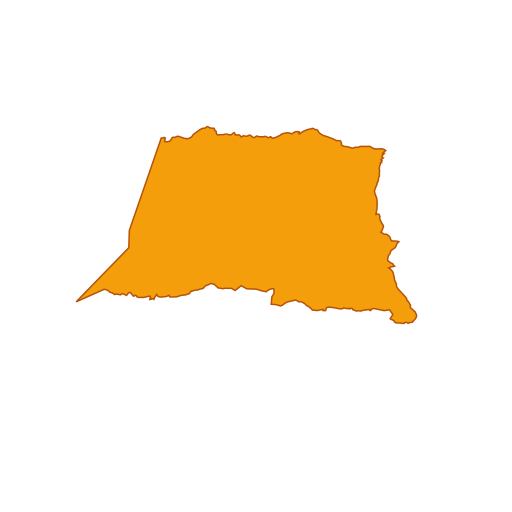 outline of Tehuipango, Veracruz, Mexico, rotated 50°
{"feature_id": "50627088B27268418868479", "entity_name": "Tehuipango", "entity_type": "district", "adm_level": 2, "iso_a3": "MEX", "parent_name": "Mexico", "parent_adm1": "Veracruz", "projection": "natural_earth1", "projection_center": [-97.047, 18.52], "detail": "fine", "context": "isolated", "style": "filled", "palette": "amber", "viewbox_px": 512, "rotation_deg": 50, "n_neighbors": 0, "source": "geoboundaries", "source_scale": "gbopen_adm2", "svg_char_len": 6144}
<svg xmlns="http://www.w3.org/2000/svg" viewBox="0 0 512 512"><g transform="rotate(50 256 256)"><path d="M167.9,348.1L175.5,423.2L183.9,393.8L185.4,392.6L186.8,391.7L189.5,391.3L193.2,389.2L194.4,389.3L195.7,387.1L198.6,384.8L199.0,382.4L203.0,380.5L202.2,377.3L203.1,375.8L208.1,375.7L208.6,373.6L209.4,373.2L211.0,373.4L212.1,372.7L215.7,368.5L217.3,365.1L218.4,363.3L219.0,362.9L221.1,365.3L221.7,364.4L221.5,363.0L223.6,362.2L222.5,359.9L221.7,356.9L222.4,357.2L224.6,356.8L226.5,355.0L227.8,353.1L229.5,350.5L230.2,347.9L231.5,348.4L232.1,348.2L236.0,343.5L238.3,338.2L240.7,334.7L241.2,332.7L242.0,331.9L241.3,328.0L241.9,327.4L243.3,324.0L244.5,322.7L245.3,320.3L246.6,318.1L246.8,316.8L246.4,314.6L246.6,313.1L247.5,310.6L248.1,308.2L248.7,307.5L250.0,307.0L250.7,306.2L256.2,305.5L258.2,303.6L259.7,302.6L260.5,300.8L265.1,295.5L269.0,294.2L269.2,286.5L275.1,284.2L279.1,279.9L280.8,277.8L283.2,276.0L286.3,274.1L290.0,271.1L289.9,268.6L291.2,265.0L292.6,263.5L293.9,264.3L295.3,265.5L296.4,266.7L297.4,270.0L302.8,275.4L305.3,272.7L307.6,270.8L309.9,269.5L310.7,267.4L310.8,264.2L311.4,261.5L313.0,258.3L315.3,253.8L318.5,252.7L320.6,250.4L323.9,249.3L326.8,249.0L328.7,248.1L332.1,247.6L333.6,247.6L335.6,245.7L337.5,243.7L338.3,241.9L340.0,239.1L341.0,239.7L342.6,237.7L341.0,235.6L341.4,233.8L343.4,231.6L347.2,228.3L350.6,225.6L352.0,223.6L352.1,222.3L353.1,221.4L354.3,220.6L355.6,219.1L356.6,218.2L356.2,218.1L358.1,216.0L359.6,216.3L362.9,214.3L363.7,212.8L365.2,211.5L365.7,210.7L367.2,207.4L368.1,206.6L368.3,205.8L368.9,204.9L369.3,204.2L370.7,203.8L371.5,203.3L371.5,202.9L370.6,202.3L372.0,199.5L374.0,197.8L380.3,192.9L383.0,188.3L388.8,188.8L390.2,193.5L390.8,193.5L392.1,192.9L393.3,192.2L394.4,192.0L395.6,192.3L396.7,192.0L397.5,191.4L398.5,190.4L399.2,189.4L399.9,188.7L401.0,187.9L402.8,186.0L402.8,185.8L402.5,185.0L402.9,184.3L403.4,183.5L404.3,183.1L405.3,182.7L405.6,182.2L405.8,181.3L406.1,180.5L406.7,179.5L407.3,178.8L407.0,177.7L406.6,174.4L405.8,172.3L405.2,171.5L404.3,171.0L403.1,170.5L402.1,170.3L401.2,170.0L399.2,170.3L394.9,170.8L394.1,170.6L393.7,170.1L393.0,169.2L391.3,169.1L390.4,168.8L388.6,168.6L386.7,168.9L385.9,168.1L384.4,167.8L373.3,168.3L370.9,168.2L369.6,167.8L368.8,167.2L367.7,166.5L366.4,166.1L365.0,165.6L363.7,165.4L361.6,164.0L360.0,163.3L358.8,162.6L357.1,161.8L355.5,161.3L353.7,161.4L352.1,161.5L350.4,162.1L351.0,160.0L351.5,159.0L352.4,157.5L352.9,156.4L350.6,156.5L349.9,156.2L347.7,157.3L346.9,157.4L346.0,157.6L344.8,158.1L343.9,157.7L343.0,157.1L342.3,156.4L341.9,155.7L340.9,154.5L340.7,153.5L340.6,152.7L340.1,151.5L339.4,150.4L338.7,149.2L338.8,147.3L339.0,144.4L338.7,142.9L338.0,141.6L337.4,140.6L337.0,139.7L337.0,138.5L336.9,137.4L336.3,137.7L335.5,138.3L334.7,139.1L333.8,140.1L332.9,140.9L331.8,142.2L330.4,142.4L329.5,142.0L328.2,141.5L327.1,141.3L325.5,141.4L324.5,141.6L323.3,142.0L322.5,142.7L322.0,143.6L321.2,144.0L320.1,144.3L319.1,144.6L318.1,145.1L317.7,143.6L317.4,142.8L316.3,141.1L315.6,139.6L314.5,138.9L313.3,138.7L312.1,138.6L307.1,137.4L305.6,135.8L304.7,135.4L303.4,135.0L302.4,135.4L301.2,137.4L297.4,132.8L293.4,129.2L292.7,128.7L291.6,127.8L289.3,126.4L288.1,125.9L287.1,125.7L286.1,125.2L284.8,124.9L283.7,124.2L282.7,123.7L282.0,123.0L280.9,121.2L279.8,119.1L279.3,117.9L278.3,116.7L277.9,116.4L277.9,115.8L277.4,114.9L276.6,113.6L276.0,112.9L275.2,112.2L274.6,111.3L274.2,110.2L273.6,109.6L272.8,109.1L272.3,108.8L271.3,107.7L270.9,107.3L270.0,106.4L269.2,105.9L268.3,105.5L267.8,104.8L266.9,103.9L266.0,102.6L265.7,101.8L265.0,101.3L264.6,100.7L265.2,99.7L264.3,99.4L264.1,98.2L263.1,98.4L262.8,97.7L262.6,97.9L262.6,96.8L262.7,95.5L261.5,96.1L260.9,95.7L260.5,94.6L260.0,93.5L259.9,92.2L259.2,93.2L258.9,91.9L258.6,92.0L258.6,88.8L256.6,89.4L255.2,90.3L254.1,91.5L252.5,93.6L250.2,96.3L248.3,97.3L246.8,97.8L245.4,98.2L244.4,99.2L243.0,101.1L242.1,102.1L240.7,103.8L239.7,104.8L239.0,106.0L238.4,107.6L237.7,108.7L236.6,109.9L236.3,110.5L235.7,112.5L235.2,113.0L231.4,115.4L229.0,117.7L226.9,119.0L225.8,119.1L224.7,118.2L223.6,117.7L222.5,117.3L221.7,117.6L220.8,118.4L220.0,119.5L219.0,120.3L218.0,120.9L216.4,121.4L211.5,124.1L210.0,125.0L208.5,125.9L207.2,126.9L205.7,127.5L204.5,127.8L203.3,128.2L202.3,128.4L200.9,128.3L200.1,128.0L199.5,128.0L198.8,128.1L197.9,128.6L196.9,129.6L195.5,130.0L194.6,130.5L194.2,131.4L193.7,132.7L193.1,133.5L192.6,134.6L191.6,137.3L190.9,139.6L190.7,140.7L190.6,141.9L190.6,143.1L190.5,144.0L190.1,144.5L189.6,144.3L189.2,143.4L188.9,143.1L188.5,143.2L187.9,143.7L187.3,144.4L186.5,145.4L186.0,146.5L185.8,147.3L185.6,148.7L185.4,150.0L184.8,150.5L184.3,150.9L183.7,151.0L182.7,151.8L181.8,152.7L180.6,154.6L180.2,155.5L179.5,156.7L179.2,157.7L179.0,159.2L179.0,160.2L178.4,162.4L178.3,163.2L178.0,164.2L177.5,165.1L177.2,166.1L176.7,167.3L176.0,167.8L175.0,168.0L174.2,168.0L173.9,168.3L173.7,168.8L173.7,169.5L173.6,169.9L173.2,170.6L172.6,171.0L171.9,171.2L171.1,171.5L170.2,172.1L169.8,172.8L169.6,173.5L166.9,176.7L165.8,177.6L164.8,178.0L164.5,178.6L164.2,180.8L163.7,181.8L162.9,182.2L161.3,182.3L160.4,182.8L159.5,182.9L159.0,183.6L158.8,184.5L158.3,186.0L157.6,187.0L156.8,187.6L155.8,188.1L155.6,189.1L155.5,190.5L154.7,190.9L153.9,190.8L152.7,190.9L151.8,191.7L151.3,192.5L149.9,194.0L149.2,193.8L148.5,193.4L147.7,193.2L147.2,194.2L147.3,195.2L147.0,197.5L146.3,198.4L145.3,199.0L144.1,199.9L143.3,200.6L142.8,201.4L142.5,202.2L141.9,203.2L141.1,204.2L140.5,204.9L139.0,206.9L138.0,207.8L137.0,207.6L136.1,207.3L135.3,206.5L134.7,206.4L133.9,206.6L132.9,206.9L132.2,206.2L131.3,206.0L130.6,206.6L129.9,207.5L129.0,208.3L127.8,209.1L126.6,209.5L125.6,210.0L125.4,210.6L125.4,211.6L125.1,213.3L124.3,214.2L123.6,215.4L123.4,216.9L123.1,218.3L123.0,220.4L122.6,225.8L123.3,228.4L123.3,229.7L122.9,230.9L122.7,232.1L122.0,233.2L120.5,234.6L119.2,235.7L118.3,236.0L116.8,237.1L116.0,237.6L114.5,238.4L113.3,240.2L113.1,241.8L112.7,242.3L111.7,243.1L111.5,244.1L111.7,245.0L112.5,247.1L112.5,248.4L111.9,249.8L111.1,251.1L109.6,252.3L109.0,251.9L107.4,249.7L106.6,249.7L106.0,250.5L105.5,251.8L104.7,252.7L155.0,336.6L167.9,348.1Z" fill="#f59e0b" stroke="#b45309" stroke-width="1.5"/></g></svg>